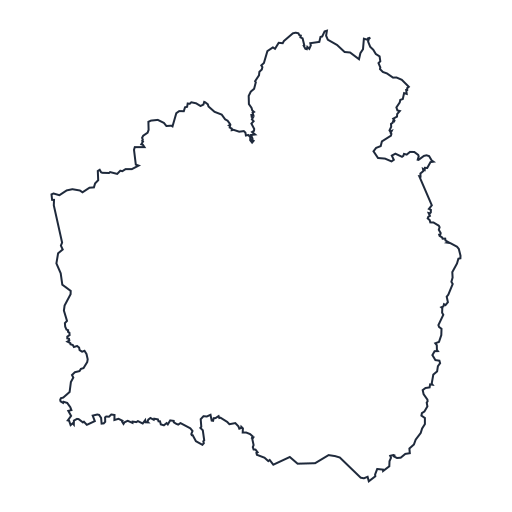 the district of Madero, Michoacán, Mexico
{"feature_id": "50627088B49828923670212", "entity_name": "Madero", "entity_type": "district", "adm_level": 2, "iso_a3": "MEX", "parent_name": "Mexico", "parent_adm1": "Michoacán", "projection": "orthographic", "projection_center": [-101.157, 19.354], "detail": "fine", "context": "isolated", "style": "outline", "palette": "slate", "viewbox_px": 512, "rotation_deg": 0, "n_neighbors": 0, "source": "geoboundaries", "source_scale": "gbopen_adm2", "svg_char_len": 5968}
<svg xmlns="http://www.w3.org/2000/svg" viewBox="0 0 512 512"><path d="M397.0,458.0L400.7,457.7L405.3,453.9L409.8,453.2L409.4,448.5L413.9,444.5L415.7,439.6L420.7,433.0L422.1,428.5L424.9,424.1L424.9,418.0L421.4,415.6L421.9,413.1L424.4,411.5L427.4,406.4L426.7,402.6L427.6,401.3L427.4,399.6L423.6,394.2L422.7,390.1L425.5,388.0L429.6,387.4L430.1,384.4L432.5,384.7L431.7,383.6L433.3,374.6L437.1,371.4L437.9,366.2L440.1,363.2L439.4,360.7L435.4,360.1L432.4,355.1L434.6,351.2L437.8,351.1L436.9,349.9L436.8,345.2L435.3,343.3L439.0,341.9L441.3,335.1L441.5,328.8L439.1,327.0L438.4,325.1L443.3,314.8L442.1,312.7L442.3,308.2L441.3,307.3L443.4,306.4L444.0,304.2L445.5,305.1L447.9,302.2L446.7,296.7L448.3,294.7L452.7,284.0L451.4,281.8L452.6,277.6L452.3,272.1L457.0,263.5L458.4,258.7L460.4,258.3L460.5,255.7L458.8,248.9L457.0,246.7L450.3,243.1L447.0,242.6L448.1,242.0L445.5,240.5L445.2,238.6L442.6,238.7L442.1,237.4L439.6,235.9L439.2,234.7L440.3,234.5L440.7,233.1L438.8,229.8L439.6,227.2L438.8,225.7L433.5,222.5L430.3,222.4L429.7,220.1L427.7,218.4L428.3,216.8L429.9,215.9L428.6,213.0L430.0,213.3L430.8,212.4L430.9,209.9L428.9,208.9L431.8,205.3L419.3,176.3L420.5,176.5L420.4,173.5L423.4,171.0L423.0,168.9L424.7,169.9L424.9,167.8L427.2,168.0L430.5,162.1L433.4,161.7L431.7,160.5L429.1,156.1L426.5,155.3L423.9,155.9L418.5,159.9L417.7,159.7L418.7,156.4L418.2,154.9L414.3,152.0L410.0,151.9L406.7,154.6L404.0,153.9L403.3,155.9L402.0,156.8L395.4,153.7L391.8,155.6L393.8,159.8L391.5,161.4L385.0,158.6L378.0,158.0L373.5,151.3L376.1,147.9L380.7,146.1L381.9,141.4L390.9,135.7L391.4,133.9L390.7,133.0L391.7,130.9L390.2,131.5L389.5,130.4L391.2,126.8L391.0,123.9L392.6,122.8L393.2,121.0L394.1,121.4L394.5,120.5L393.2,118.7L397.0,116.6L397.2,114.0L399.8,111.0L397.4,110.4L396.4,107.4L399.7,102.5L400.3,99.9L402.8,99.0L404.1,93.1L406.7,93.9L406.2,90.0L407.2,90.0L407.2,88.1L408.8,86.8L401.8,79.8L396.5,77.5L393.0,77.6L386.9,73.4L382.9,72.0L380.0,69.1L380.3,67.4L378.5,63.1L380.3,61.3L379.6,56.4L375.8,54.0L373.3,49.8L370.2,46.8L368.1,41.6L368.7,39.1L370.2,37.7L368.0,38.3L367.3,39.7L363.9,38.7L363.0,49.2L360.4,53.1L359.0,59.2L350.1,52.5L344.6,52.0L337.1,45.0L327.8,39.7L326.1,35.7L326.9,30.7L324.6,31.4L322.2,36.5L320.5,36.9L319.3,41.9L310.3,43.2L310.8,45.4L309.3,48.8L307.3,46.9L306.8,49.2L305.4,48.8L303.7,45.7L304.3,45.4L302.6,38.4L300.4,37.3L300.8,35.6L299.4,35.2L298.4,33.3L295.7,32.7L292.9,33.3L283.9,41.0L282.7,43.2L278.7,42.8L275.0,48.8L272.9,47.4L267.4,51.1L263.9,63.0L261.3,65.4L262.4,67.1L261.8,69.5L259.4,71.8L259.0,75.3L255.1,81.2L255.8,82.3L254.1,88.8L250.8,91.6L248.7,95.9L248.9,104.1L251.5,107.8L252.3,110.5L254.0,111.9L252.6,112.7L253.3,115.0L251.4,115.0L251.7,116.9L253.2,117.1L251.9,119.3L253.6,121.2L251.4,123.6L254.2,128.9L254.0,130.8L252.1,132.0L255.1,134.5L251.0,135.0L252.5,138.5L252.1,139.8L253.6,140.8L252.1,142.6L250.2,140.2L250.3,137.2L248.3,135.0L245.9,135.5L245.4,132.6L243.8,131.1L239.2,131.7L233.5,129.8L231.7,130.2L231.8,128.6L229.7,127.5L230.0,125.9L229.1,125.4L230.3,124.7L230.0,124.0L227.6,120.7L225.1,119.3L221.7,114.6L214.5,111.8L208.5,106.5L207.8,104.3L205.2,102.3L204.2,101.9L203.4,104.6L200.5,106.0L196.1,103.3L191.3,102.3L189.7,103.8L187.7,103.5L187.1,106.8L185.0,107.3L183.8,111.2L179.2,111.1L176.3,113.2L172.5,126.4L171.3,125.7L166.4,126.0L163.9,122.9L157.8,119.9L151.0,120.6L148.4,121.8L148.6,129.9L147.6,132.7L143.2,135.7L142.1,137.8L142.8,139.7L142.2,140.8L143.0,141.5L141.3,144.3L142.9,144.8L144.4,147.1L134.8,147.1L134.0,149.8L135.8,164.6L138.6,165.6L131.9,169.1L125.6,169.1L122.3,171.2L120.3,170.7L117.2,173.9L110.1,172.1L109.0,173.0L102.3,172.8L101.1,172.3L99.7,169.8L97.8,171.0L98.2,180.2L95.1,183.4L93.9,187.4L89.5,187.7L82.5,192.3L79.9,190.5L72.4,189.2L66.7,190.4L59.4,195.2L53.5,193.5L51.5,194.4L52.1,199.9L54.0,199.9L53.8,205.3L62.1,242.6L60.9,245.6L62.7,249.5L58.1,253.3L56.4,263.4L60.7,273.3L62.3,284.7L70.7,290.9L70.6,294.2L64.6,305.5L63.9,310.6L67.0,320.9L64.9,323.1L65.2,326.7L66.5,329.6L68.1,330.2L68.0,331.8L69.4,332.7L69.6,335.1L67.3,336.6L67.3,338.4L69.0,338.8L69.3,340.5L67.4,341.6L70.3,343.1L70.5,344.3L72.8,345.0L73.9,347.0L77.1,346.0L79.1,347.6L79.6,350.1L82.1,351.7L84.5,350.8L86.5,354.0L87.7,359.3L87.2,362.1L83.5,368.1L80.9,368.9L79.5,371.1L74.9,372.2L72.0,375.0L73.3,377.6L70.9,382.0L69.6,392.0L63.2,397.6L60.9,398.2L60.2,399.9L60.6,401.4L63.1,402.9L63.5,401.8L67.2,402.9L70.3,407.2L71.4,410.1L68.3,410.9L71.1,415.9L67.8,420.4L69.1,420.7L70.6,425.1L72.7,423.3L73.8,424.6L73.9,420.6L77.0,418.9L78.6,419.1L82.9,422.4L83.9,421.7L86.8,424.8L87.8,424.4L94.8,421.1L92.7,415.6L97.3,414.5L99.1,414.9L101.1,417.9L101.6,423.6L103.7,423.4L105.2,421.8L105.1,417.4L106.2,416.5L109.0,416.7L111.3,414.5L114.5,415.0L114.4,420.0L118.5,418.8L122.5,420.8L122.1,421.7L123.5,423.9L124.5,422.3L127.7,420.8L132.5,422.9L132.6,421.6L136.4,422.1L137.9,421.1L142.7,423.5L145.2,420.2L145.5,422.3L148.1,422.4L147.4,421.7L148.3,419.6L150.4,418.0L153.8,419.8L154.2,418.7L157.9,419.4L158.5,421.3L160.0,421.3L160.8,424.4L163.9,425.3L166.6,423.1L167.8,424.4L170.2,420.4L173.7,420.9L173.8,422.3L176.2,423.8L178.2,424.6L180.5,423.1L190.3,428.3L192.5,431.0L191.3,434.1L191.8,435.2L192.7,435.2L195.9,441.2L202.4,444.8L203.8,443.2L203.3,441.3L204.2,440.3L202.8,430.3L200.4,427.9L201.3,426.8L200.7,419.2L203.5,416.2L206.8,416.5L210.5,414.8L211.7,420.6L213.1,420.8L213.7,418.2L215.5,418.1L218.6,416.1L219.3,418.0L220.5,417.7L227.2,421.9L229.4,424.2L235.3,423.1L238.4,426.3L239.3,428.7L241.1,428.0L241.3,426.8L242.9,428.4L242.7,432.5L246.1,432.5L250.1,434.1L252.6,436.3L252.1,437.6L253.2,437.6L252.3,439.0L253.6,445.1L252.8,447.1L253.6,449.5L255.5,449.6L257.6,452.3L256.4,452.9L256.9,454.8L264.5,457.7L268.3,461.1L269.7,460.0L273.3,464.7L289.8,457.0L297.6,463.7L315.1,463.2L328.6,455.1L335.1,456.1L339.8,457.5L360.7,477.7L363.9,478.3L367.6,476.8L368.8,481.3L375.3,476.3L375.1,474.5L377.2,469.0L383.0,469.6L383.1,471.0L389.3,466.3L389.5,461.2L391.0,457.8L390.2,455.8L393.5,455.0L394.4,455.4L393.9,456.4L397.0,458.0Z" fill="none" stroke="#1e293b" stroke-width="2"/></svg>